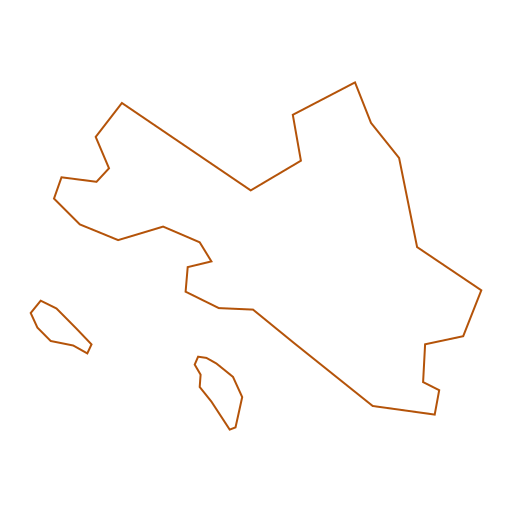 Port Glaud, Equal Earth projection
{"feature_id": "SYC-5218", "entity_name": "Port Glaud", "entity_type": "state/province", "adm_level": 1, "iso_a3": "SYC", "parent_name": "Seychelles", "parent_adm1": "", "projection": "equal_earth", "projection_center": [55.401, -4.652], "detail": "fine", "context": "isolated", "style": "outline", "palette": "amber", "viewbox_px": 512, "rotation_deg": 0, "n_neighbors": 0, "source": "natural_earth", "source_scale": "10m", "svg_char_len": 761}
<svg xmlns="http://www.w3.org/2000/svg" viewBox="0 0 512 512"><path d="M434.7,414.6L372.7,406.0L293.6,342.7L253.0,309.6L218.8,308.1L185.6,291.7L187.7,267.1L211.4,261.4L199.7,242.3L163.1,226.6L118.1,240.1L79.8,224.4L54.0,198.6L61.5,177.3L96.5,181.8L109.0,168.3L95.7,136.9L121.9,103.0L250.7,190.4L300.9,160.7L292.8,114.8L355.0,82.4L371.0,122.9L399.1,158.0L417.1,247.1L481.3,290.3L463.2,336.2L425.1,344.3L423.1,382.1L439.2,390.2L434.7,414.6ZM206.4,357.9L216.4,363.5L233.0,376.9L242.2,397.1L238.0,416.2L235.5,427.4L229.7,429.6L211.4,401.6L199.7,387.0L200.6,374.7L194.7,364.6L198.1,356.7L206.4,357.9ZM40.7,300.7L56.5,308.5L76.5,328.7L91.5,344.4L87.3,353.4L73.2,345.5L50.7,341.0L37.4,327.6L30.7,313.0L40.7,300.7Z" fill="none" stroke="#b45309" stroke-width="2"/></svg>